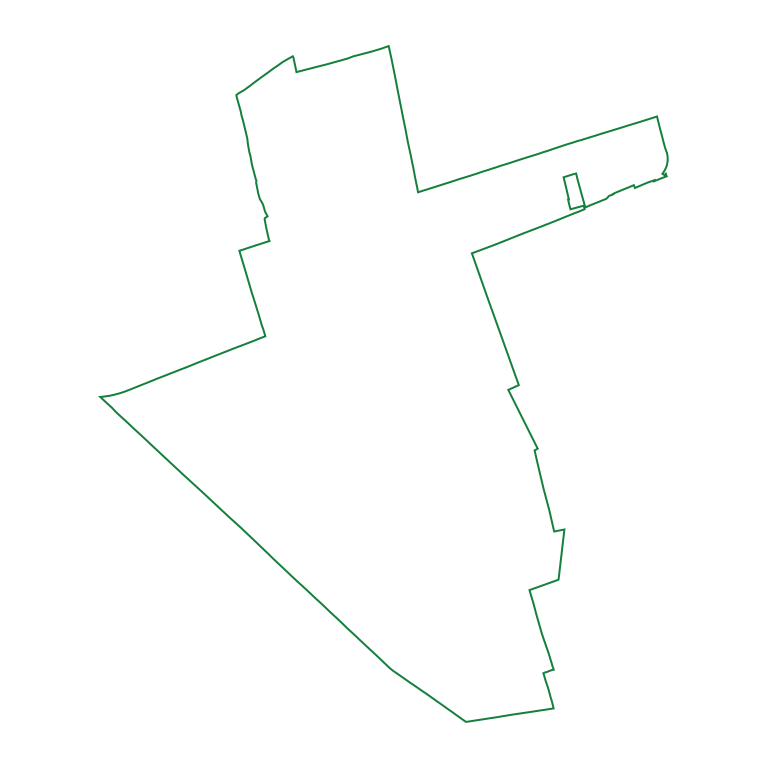 Tomsani, Prahova, Romania
{"feature_id": "2599482B53047935448287", "entity_name": "Tomsani", "entity_type": "district", "adm_level": 2, "iso_a3": "ROU", "parent_name": "Romania", "parent_adm1": "Prahova", "projection": "mercator", "projection_center": [26.313, 44.945], "detail": "fine", "context": "isolated", "style": "outline", "palette": "green", "viewbox_px": 768, "rotation_deg": 0, "n_neighbors": 0, "source": "geoboundaries", "source_scale": "gbopen_adm2", "svg_char_len": 4713}
<svg xmlns="http://www.w3.org/2000/svg" viewBox="0 0 768 768"><path d="M553.6,708.4L552.7,704.7L552.3,703.0L551.8,701.3L551.5,700.0L551.0,698.7L550.5,697.1L550.2,695.5L549.7,693.8L549.2,692.0L548.8,690.4L547.9,687.5L545.5,680.3L543.4,673.2L544.5,672.6L545.3,672.4L545.9,672.3L546.5,672.1L547.6,671.7L549.8,670.8L552.1,670.0L553.7,669.7L553.1,667.8L552.5,666.4L552.2,665.0L551.7,663.3L551.3,661.9L551.1,661.5L548.8,653.8L543.9,639.7L541.9,633.8L536.5,615.0L533.0,601.7L532.4,600.0L529.5,590.1L558.5,579.7L558.6,579.3L564.4,529.5L554.2,531.5L554.1,531.2L549.2,509.9L543.5,488.5L537.0,461.0L534.6,450.4L536.8,449.2L537.7,448.6L537.5,448.3L508.3,389.9L518.8,385.1L511.9,365.8L500.6,334.2L487.3,297.1L471.9,253.3L493.4,245.3L505.8,240.4L512.0,237.9L523.3,233.4L535.6,228.7L547.5,224.1L562.2,218.2L573.8,213.5L578.1,211.9L580.8,210.8L584.6,209.2L584.2,207.5L583.7,205.7L580.0,206.7L576.0,207.8L570.5,209.3L569.1,204.1L568.1,199.5L568.9,199.4L568.2,196.5L567.1,191.9L565.9,186.7L563.6,177.3L572.1,174.6L576.1,173.5L577.6,179.6L581.6,194.2L583.3,200.3L584.0,202.8L585.3,207.5L586.1,207.1L587.9,206.3L589.8,205.5L590.5,205.0L591.6,204.7L593.7,203.9L596.4,202.8L599.2,201.7L602.8,200.2L605.7,199.1L606.5,198.6L607.1,198.1L607.7,197.5L608.2,196.8L608.6,196.3L609.2,195.9L610.0,195.5L611.4,195.1L613.0,194.4L612.8,194.1L614.9,193.0L618.7,191.4L630.0,186.8L633.8,185.2L634.9,188.0L643.5,184.3L646.1,183.2L650.1,181.7L654.4,180.2L654.1,181.2L655.5,180.7L661.4,178.3L666.7,176.3L666.0,174.4L665.8,173.8L664.8,175.0L664.5,175.2L663.5,174.5L663.0,174.2L662.4,173.8L663.0,173.1L664.6,170.5L665.5,168.7L666.5,166.5L667.0,164.6L667.4,162.5L667.7,160.7L667.7,159.1L667.6,156.9L667.4,155.1L667.1,154.0L667.0,152.9L666.3,151.4L665.9,150.1L665.0,147.6L664.6,146.0L663.6,142.4L662.0,136.0L659.7,127.5L658.1,120.9L657.0,116.5L650.8,118.5L640.3,121.8L629.1,125.2L618.9,128.4L612.0,130.5L603.2,133.2L598.3,134.7L595.0,135.8L587.7,138.0L581.1,140.1L578.6,140.7L571.5,143.0L568.1,144.0L560.8,146.4L554.5,148.5L548.1,150.7L542.6,152.4L538.6,153.8L532.6,155.7L527.0,157.4L522.3,158.9L517.3,160.5L508.8,163.3L500.7,165.8L495.4,167.6L492.4,168.5L490.3,169.2L487.6,170.1L484.0,171.2L481.2,172.1L476.4,173.8L473.7,174.6L470.6,175.6L464.6,177.5L458.9,179.2L454.5,180.7L449.6,182.3L445.4,183.6L441.7,184.8L436.7,186.4L429.7,188.6L427.9,189.2L424.9,190.1L421.1,191.3L418.1,192.3L417.9,191.6L417.7,190.3L416.9,186.2L415.6,180.0L414.6,174.9L414.3,173.0L413.2,167.2L412.2,162.7L411.3,158.0L410.5,154.1L408.2,143.7L406.6,135.5L405.9,131.3L404.9,126.5L403.6,120.1L402.8,116.3L401.1,107.4L399.6,100.1L398.5,94.4L398.0,92.0L395.5,78.8L391.7,59.9L389.3,48.8L388.7,46.1L387.7,46.4L384.7,47.5L381.6,48.6L371.5,51.6L357.8,55.2L353.4,56.3L351.1,57.2L347.4,58.6L344.5,59.4L340.6,60.5L326.5,64.4L311.5,68.2L296.5,72.1L293.4,57.4L292.8,56.3L289.0,58.4L282.7,62.0L277.9,65.5L274.0,68.1L269.2,71.6L268.3,72.3L260.9,77.6L254.3,82.5L248.8,86.7L243.7,90.4L238.7,93.2L236.3,95.2L236.5,96.2L238.4,103.1L240.6,110.9L240.8,111.5L241.6,115.9L242.8,119.8L245.1,129.2L247.3,138.6L247.9,144.2L249.3,151.9L250.5,156.3L251.4,161.5L251.6,162.2L251.6,163.3L255.8,179.3L256.2,180.0L256.4,180.8L256.1,182.6L258.3,193.7L259.9,199.2L260.8,200.5L262.3,203.2L263.3,205.4L264.9,211.1L265.7,212.9L267.6,216.3L267.0,216.7L264.9,218.1L264.6,219.1L266.6,229.5L268.5,237.9L268.8,239.3L269.5,241.0L257.4,244.9L249.7,247.4L247.6,248.1L244.7,249.1L240.5,250.4L239.4,250.8L240.4,254.3L242.9,262.6L246.3,274.0L251.8,292.7L253.4,297.6L254.3,300.5L258.5,314.0L261.9,325.7L263.1,328.8L264.9,334.7L265.0,335.2L265.3,336.3L259.5,338.5L252.9,341.2L244.0,344.6L235.0,348.0L215.4,355.7L198.4,362.4L189.4,366.1L178.5,370.3L176.1,371.3L170.4,373.5L164.6,375.8L157.6,378.5L153.9,380.0L126.4,391.0L123.9,391.9L120.0,393.2L113.2,395.0L109.3,395.8L101.3,396.9L100.3,397.0L103.1,399.6L106.2,402.5L112.1,407.9L115.4,411.5L121.4,417.1L127.9,423.0L134.1,428.9L138.6,433.0L145.1,439.0L151.0,444.6L163.1,455.9L183.6,475.0L203.2,492.9L229.1,517.1L241.4,528.2L268.0,553.6L268.4,553.9L270.6,556.2L275.4,560.8L284.8,569.6L291.6,576.1L297.8,581.9L301.5,585.2L304.3,587.8L306.2,589.5L311.6,594.6L315.5,598.3L320.2,602.6L324.4,606.5L329.8,611.7L332.7,614.4L339.9,621.1L345.1,626.1L345.8,626.9L348.6,629.5L353.4,633.9L356.2,636.5L358.7,638.9L363.7,643.6L366.6,646.3L370.3,649.8L372.5,651.8L375.7,654.7L377.9,656.8L382.5,661.2L386.4,664.9L390.0,668.3L390.9,669.1L393.8,671.3L397.6,673.9L400.9,676.2L405.6,679.5L407.3,680.7L410.3,682.8L416.8,687.2L420.8,690.0L423.5,691.9L425.0,692.8L431.2,697.2L436.8,701.2L443.1,705.6L447.8,709.0L452.3,712.1L459.3,717.2L466.0,721.9L472.1,721.0L474.5,720.6L496.9,717.2L507.6,715.4L514.6,714.3L530.9,711.9L538.6,710.7L546.8,709.5L553.6,708.4Z" fill="none" stroke="#15803d" stroke-width="2"/></svg>